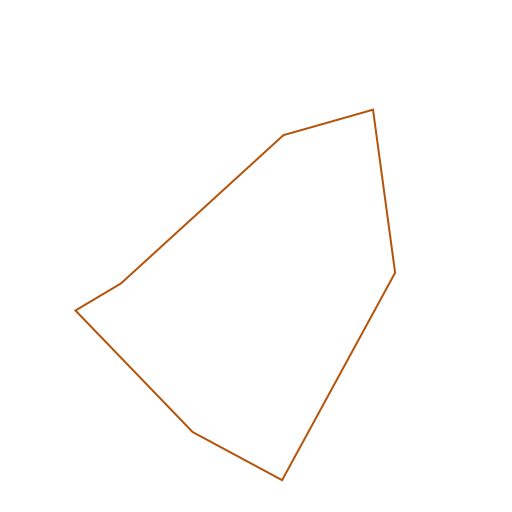 outline of Blanco, Texas, United States of America, rotated 209°
{"feature_id": "52423323B17591428926756", "entity_name": "Blanco", "entity_type": "district", "adm_level": 2, "iso_a3": "USA", "parent_name": "United States of America", "parent_adm1": "Texas", "projection": "orthographic", "projection_center": [-98.374, 30.22], "detail": "fine", "context": "isolated", "style": "outline", "palette": "amber", "viewbox_px": 512, "rotation_deg": 209, "n_neighbors": 0, "source": "geoboundaries", "source_scale": "gbopen_adm2", "svg_char_len": 271}
<svg xmlns="http://www.w3.org/2000/svg" viewBox="0 0 512 512"><g transform="rotate(209 256 256)"><path d="M224.6,440.7L290.6,375.0L360.8,166.6L387.5,120.8L260.2,81.8L226.1,71.3L124.5,72.6L126.2,308.8L224.6,440.7Z" fill="none" stroke="#b45309" stroke-width="2"/></g></svg>